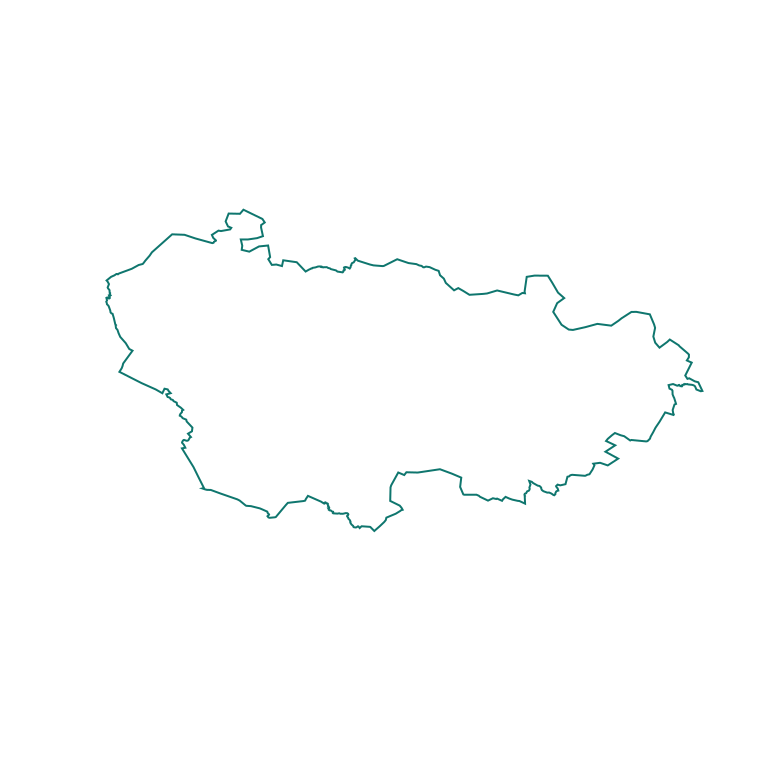 Istras pag., Ludzas, Latvia, rotated 203°
{"feature_id": "27541924B50574350244581", "entity_name": "Istras pag.", "entity_type": "district", "adm_level": 2, "iso_a3": "LVA", "parent_name": "Latvia", "parent_adm1": "Ludzas", "projection": "natural_earth1", "projection_center": [27.965, 56.246], "detail": "fine", "context": "isolated", "style": "outline", "palette": "teal", "viewbox_px": 768, "rotation_deg": 203, "n_neighbors": 0, "source": "geoboundaries", "source_scale": "gbopen_adm2", "svg_char_len": 6135}
<svg xmlns="http://www.w3.org/2000/svg" viewBox="0 0 768 768"><g transform="rotate(203 384 384)"><path d="M510.4,216.9L507.4,217.1L505.6,217.4L502.0,218.8L491.8,219.3L473.9,220.5L471.3,220.3L463.8,218.1L463.1,218.1L458.7,219.6L449.7,221.0L446.9,221.0L441.6,220.9L440.6,219.8L438.8,219.0L438.8,218.7L439.6,216.8L438.2,216.0L436.9,216.2L432.3,218.7L431.6,219.3L427.0,234.4L426.1,237.0L412.2,244.9L411.2,245.7L411.0,245.9L411.0,247.5L410.3,251.3L395.7,251.1L393.9,250.7L393.3,250.9L392.3,250.5L392.0,250.8L392.1,251.5L391.9,252.1L391.5,252.2L390.4,251.7L389.4,252.0L388.9,251.8L388.8,251.1L388.1,250.6L388.0,250.1L387.4,249.8L387.5,249.5L386.6,249.1L386.0,248.6L386.0,248.3L386.7,247.8L386.0,247.4L385.8,246.7L384.8,246.4L384.4,246.7L383.7,246.8L381.9,246.3L380.9,246.5L380.7,246.2L380.6,245.2L380.2,245.1L376.2,246.5L374.7,247.5L373.5,247.5L371.1,248.5L368.8,250.2L367.3,250.7L366.3,250.5L365.9,250.1L365.9,249.1L366.4,248.3L366.2,247.7L364.8,247.0L364.3,246.2L362.0,245.2L361.0,244.1L361.2,243.8L360.7,243.1L359.1,242.0L356.9,241.3L356.4,240.6L355.7,240.4L353.9,240.9L353.3,241.4L352.4,242.8L351.9,242.9L350.1,241.9L349.2,244.0L349.0,244.3L341.2,247.0L340.6,247.0L335.5,244.9L332.4,251.3L329.9,257.0L329.2,259.4L329.6,261.9L322.5,269.2L319.5,273.4L319.0,274.4L317.7,275.5L319.5,276.9L322.0,278.2L332.6,278.8L337.6,291.4L337.8,293.5L337.7,294.6L336.3,308.1L329.8,308.1L328.9,311.5L318.3,315.7L299.2,327.4L286.6,328.0L276.3,328.0L273.7,319.0L267.9,313.4L266.9,313.4L255.7,318.2L253.0,318.2L251.6,317.7L242.7,317.3L239.1,321.4L235.7,322.0L235.2,322.7L229.7,322.6L229.4,324.4L228.0,327.6L224.0,327.5L220.7,327.7L215.2,328.7L213.6,329.2L207.4,329.0L210.8,336.1L210.7,336.2L211.3,336.7L211.5,337.1L211.5,338.0L210.5,339.0L210.3,341.1L209.0,342.4L208.8,343.6L208.9,344.4L209.7,345.5L209.9,348.7L212.5,351.5L209.7,351.7L208.1,351.1L202.8,350.5L201.0,350.9L198.9,350.1L198.5,349.3L197.3,348.1L195.4,347.6L191.3,347.8L189.6,348.6L187.6,348.6L185.6,348.3L184.7,348.0L183.8,348.1L183.2,349.5L183.6,350.3L183.5,352.3L182.9,353.2L181.9,354.0L183.4,355.8L184.6,356.3L185.7,357.2L184.9,359.2L182.1,359.6L177.8,362.7L178.9,370.3L177.4,371.4L176.9,372.7L175.4,373.9L163.2,378.0L162.6,378.4L161.5,379.8L159.6,381.2L158.6,386.8L158.5,391.3L160.2,392.4L154.3,395.9L146.2,396.5L139.3,406.8L153.7,408.2L147.2,417.9L157.3,418.3L156.6,420.9L154.2,425.8L152.3,429.1L146.0,429.3L142.5,429.8L135.3,428.2L134.5,429.1L120.2,433.6L119.1,434.4L117.8,437.6L118.0,439.7L117.4,444.7L117.0,449.9L115.6,457.0L114.1,467.7L105.4,468.6L105.3,469.1L106.3,470.0L108.1,472.8L108.6,478.6L107.4,479.8L111.5,484.6L112.5,485.4L114.3,487.2L115.8,490.5L116.7,491.2L119.4,491.3L121.6,494.2L117.9,496.9L113.5,497.0L112.7,497.4L112.5,498.1L111.9,498.5L110.4,497.8L109.8,498.3L108.9,498.2L108.7,498.6L109.0,499.7L108.4,499.9L107.7,501.2L107.1,501.0L106.6,501.7L105.9,501.8L104.7,502.5L104.0,502.4L100.1,503.6L98.4,503.8L96.8,503.4L94.3,501.0L89.6,501.1L88.2,502.0L95.4,508.4L98.9,507.9L105.3,508.5L106.7,507.3L110.0,509.5L109.1,523.9L114.4,524.0L113.8,527.7L114.8,530.2L115.8,530.7L126.8,534.2L127.8,534.8L138.3,536.6L139.7,533.4L144.6,525.1L150.5,528.0L154.6,532.9L156.4,541.6L158.6,544.3L166.5,552.0L179.9,549.0L184.4,547.0L191.0,537.3L192.9,533.8L197.6,526.5L211.1,522.7L221.0,514.9L231.2,507.6L235.2,506.3L243.7,507.9L256.4,516.5L256.2,526.1L251.7,533.5L259.5,536.1L268.9,543.1L275.5,547.7L287.8,542.6L294.5,538.4L290.7,524.0L289.7,522.6L292.2,521.9L295.0,518.1L299.3,517.2L316.4,514.3L324.5,507.6L327.9,505.7L340.2,499.5L347.2,500.6L353.1,501.3L356.1,497.6L366.6,501.2L370.1,504.4L374.9,506.0L377.9,509.5L381.4,509.2L387.7,509.4L391.2,508.5L392.5,507.2L393.5,506.8L395.6,507.4L397.9,506.9L401.0,507.0L408.7,504.9L420.6,504.0L430.3,492.6L431.3,492.0L440.0,489.1L443.6,488.5L456.3,487.3L459.6,488.6L460.0,488.2L458.7,487.1L459.1,486.1L459.4,484.2L460.7,482.7L460.8,481.4L460.5,480.5L460.8,480.1L460.4,478.2L460.7,476.9L462.6,477.1L464.9,476.8L466.2,475.9L466.3,475.4L465.0,474.4L464.7,473.9L464.8,473.5L465.4,473.3L465.6,472.9L465.4,472.6L465.6,472.4L465.4,471.3L465.7,470.6L470.8,469.3L472.6,469.8L477.9,469.0L478.8,469.3L480.8,469.0L482.3,469.2L485.1,468.0L485.3,467.7L486.8,467.3L486.7,467.6L486.9,467.7L487.8,467.6L489.6,466.9L490.7,466.3L492.6,464.6L495.1,463.0L495.3,462.4L496.1,462.0L496.3,461.5L497.5,460.3L500.1,456.9L511.9,462.0L525.1,458.5L524.0,452.7L529.8,451.9L533.8,449.8L539.3,453.7L538.4,456.3L544.8,466.2L552.8,461.8L559.7,453.2L567.4,451.9L568.5,455.9L572.3,461.1L565.7,463.9L557.8,468.7L553.2,472.8L558.3,480.0L559.2,482.3L556.9,486.1L560.4,488.4L581.5,489.5L583.1,484.4L593.6,480.2L593.3,471.8L589.2,468.1L585.6,468.1L586.0,466.2L593.8,461.1L596.3,460.5L600.7,454.0L598.3,451.8L594.8,450.5L594.7,450.3L596.1,448.4L596.1,447.4L597.1,446.6L614.5,444.3L625.9,443.4L637.5,439.0L649.1,414.5L649.9,410.5L651.9,404.3L652.5,401.8L653.0,400.2L656.3,397.7L661.2,391.5L671.0,382.3L671.5,381.6L671.8,381.0L672.7,381.0L673.3,380.7L674.6,378.7L677.1,376.0L679.8,370.9L678.6,370.4L676.2,368.5L676.1,364.9L675.5,364.3L673.3,363.1L672.4,361.2L671.6,360.7L671.5,360.1L671.7,359.9L671.7,359.5L670.3,358.8L670.6,358.3L671.6,357.9L671.0,357.3L671.1,356.8L670.4,356.7L670.1,356.2L670.0,355.9L670.3,355.4L670.7,355.2L672.6,355.5L673.2,354.8L671.6,352.7L671.8,351.2L670.8,350.2L670.2,349.2L668.3,348.4L667.5,347.7L664.7,344.7L663.7,343.1L662.5,342.5L661.3,342.6L658.5,339.2L654.7,334.0L653.7,333.5L653.9,333.0L652.5,330.7L650.5,329.7L648.2,327.1L645.2,324.3L637.7,320.7L632.2,316.7L628.5,316.4L631.9,301.9L632.1,300.9L631.7,298.5L631.6,296.1L632.3,291.8L607.5,290.1L592.0,289.8L584.4,288.9L584.2,293.9L581.0,294.5L579.7,293.5L576.8,292.2L580.3,289.4L578.1,287.5L576.6,287.7L575.4,287.5L574.3,286.6L572.2,286.8L571.0,286.0L567.5,285.8L566.3,283.8L561.7,282.8L558.7,281.7L559.5,280.6L559.0,279.0L559.7,277.2L559.8,275.5L559.6,275.0L558.4,275.0L557.2,274.6L556.0,273.9L552.1,273.9L551.0,272.4L543.3,269.0L542.3,265.4L545.0,261.7L541.0,259.7L541.8,258.7L542.1,255.9L542.6,255.1L543.6,254.6L546.2,254.4L546.6,254.1L547.0,253.2L547.1,251.4L546.9,251.0L544.6,249.9L542.0,247.7L544.8,245.8L526.9,233.1L518.2,225.6L509.1,217.9L510.4,216.9Z" fill="none" stroke="#0f766e" stroke-width="2"/></g></svg>